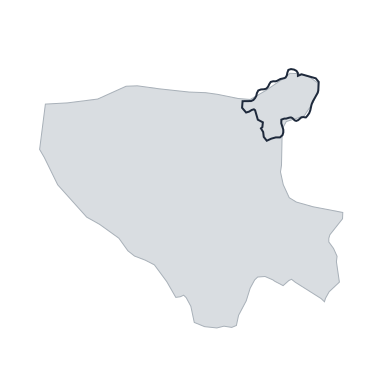 location of Cibitoke within Burundi, rotated 96°
{"feature_id": "BDI-2638", "entity_name": "Cibitoke", "entity_type": "Province", "adm_level": 1, "iso_a3": "BDI", "parent_name": "Burundi", "parent_adm1": "", "projection": "albers", "projection_center": [29.231, -2.849], "detail": "fine", "context": "in_parent", "style": "outline", "palette": "slate", "viewbox_px": 384, "rotation_deg": 96, "n_neighbors": 0, "source": "natural_earth", "source_scale": "10m", "svg_char_len": 1925}
<svg xmlns="http://www.w3.org/2000/svg" viewBox="0 0 384 384"><g transform="rotate(96 192 192)"><path d="M287.3,48.8L284.4,52.6L271.0,79.8L268.4,83.9L269.9,86.4L275.6,91.6L272.2,100.2L270.9,102.5L268.4,110.5L269.7,117.8L272.9,120.5L281.6,124.1L294.6,126.7L309.8,132.8L320.1,133.9L322.5,138.3L322.1,146.2L324.6,153.1L324.6,165.4L321.5,176.1L305.8,181.2L297.7,186.7L295.5,189.5L297.4,192.7L298.5,197.1L283.7,207.8L268.4,221.8L264.7,231.3L261.7,242.5L257.2,249.6L245.6,259.9L233.8,280.6L228.0,294.1L198.9,326.3L173.1,342.5L165.6,348.0L119.9,347.0L116.4,325.2L109.4,295.5L93.7,268.6L92.1,257.4L92.8,235.7L92.9,205.2L91.8,188.9L92.2,176.9L94.2,156.2L93.9,143.8L83.6,129.5L70.7,114.3L63.7,106.8L63.3,100.8L63.4,95.3L65.4,87.2L70.5,78.1L76.1,77.1L90.0,80.7L104.5,88.4L112.1,105.6L118.0,108.1L128.7,108.1L156.0,105.8L162.8,106.1L175.2,102.0L187.5,94.7L191.1,87.2L194.0,70.3L196.6,39.9L202.9,39.5L220.1,50.4L223.8,51.1L227.4,50.7L233.4,45.3L240.8,41.0L246.2,41.1L266.2,36.0L276.9,45.2L283.7,48.1L287.3,48.8Z" fill="#d9dde1" stroke="#a8b0b8" stroke-width="1"/><path d="M77.8,77.0L80.1,77.3L89.0,81.2L92.2,82.2L98.4,82.9L101.4,83.7L104.1,85.2L105.9,86.5L106.0,87.2L105.8,88.9L106.3,90.9L106.3,91.0L109.5,94.0L110.4,95.8L110.0,97.4L108.0,99.9L107.5,101.4L107.9,103.1L109.2,106.1L109.4,108.0L110.7,110.7L114.3,110.4L120.5,107.7L123.1,107.4L125.9,107.9L128.5,110.2L128.9,114.3L130.7,118.8L133.2,123.0L129.7,126.4L124.9,127.5L121.5,130.1L120.1,128.8L115.3,128.8L113.2,134.1L104.1,137.8L103.3,139.1L104.2,141.2L106.1,143.6L107.3,146.5L103.0,151.0L96.4,151.2L95.4,142.8L94.1,140.6L92.0,139.1L89.6,138.1L86.9,137.8L84.1,136.7L82.8,134.1L82.3,131.1L81.4,128.8L79.2,127.3L76.6,126.4L74.3,125.2L73.4,122.9L73.2,120.5L72.6,119.1L70.4,115.9L69.1,112.0L68.4,110.9L66.2,109.9L63.2,109.6L60.5,108.9L59.4,106.4L59.6,103.3L60.6,100.8L62.5,99.2L65.4,98.8L63.5,95.3L66.0,80.8L69.3,77.5L77.8,77.0Z" fill="none" stroke="#1e293b" stroke-width="2"/></g></svg>